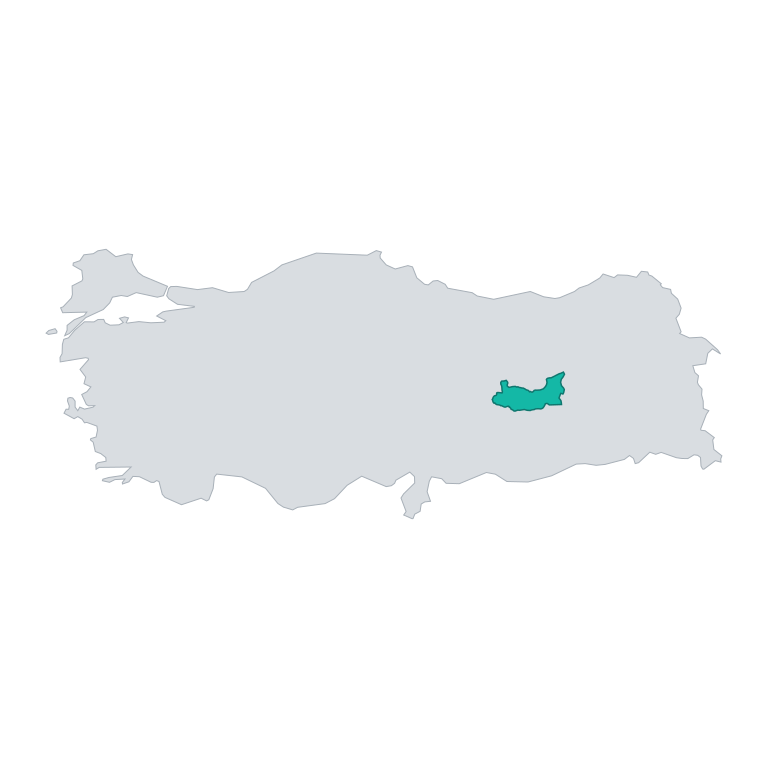 Elazig highlighted on a map of Turkey
{"feature_id": "TUR-2282", "entity_name": "Elazig", "entity_type": "Province", "adm_level": 1, "iso_a3": "TUR", "parent_name": "Turkey", "parent_adm1": "", "projection": "robinson", "projection_center": [39.185, 38.778], "detail": "fine", "context": "in_parent", "style": "filled", "palette": "teal", "viewbox_px": 768, "rotation_deg": 0, "n_neighbors": 0, "source": "natural_earth", "source_scale": "10m", "svg_char_len": 5418}
<svg xmlns="http://www.w3.org/2000/svg" viewBox="0 0 768 768"><path d="M603.1,274.0L614.1,277.6L617.6,274.9L627.6,275.3L636.5,277.3L641.4,271.3L647.7,272.0L648.9,275.0L651.9,276.1L661.3,283.8L660.3,284.8L662.6,287.6L670.6,289.4L671.4,293.3L677.7,299.1L681.1,308.1L679.3,314.3L675.9,318.2L681.1,331.8L679.6,333.5L689.4,337.9L701.6,337.2L705.6,339.1L717.6,349.8L720.6,354.0L712.4,348.9L707.8,353.3L705.7,363.8L692.8,365.7L694.9,372.6L698.5,375.8L697.4,382.3L698.4,384.8L702.0,389.1L701.6,394.9L703.2,401.1L703.3,408.5L708.8,410.7L706.4,414.2L700.6,429.1L701.1,430.3L705.1,430.7L714.3,437.6L712.7,439.9L713.9,449.5L721.9,455.8L720.7,458.9L721.0,462.1L715.3,460.7L703.9,469.2L702.6,469.0L701.0,466.0L700.5,457.5L697.7,455.3L694.0,454.8L687.8,458.6L682.1,458.5L676.4,457.7L661.2,452.4L655.7,454.3L649.8,452.2L638.6,462.7L635.2,463.6L633.5,458.4L629.5,455.5L624.4,459.4L605.1,464.4L596.1,465.3L585.2,463.6L576.2,464.1L551.6,475.8L528.0,482.0L506.9,481.5L495.4,474.2L486.4,472.5L459.3,483.7L446.1,483.3L441.7,478.7L431.6,476.8L429.3,481.2L427.1,491.7L430.5,501.3L424.8,501.9L421.2,504.0L420.1,511.3L414.8,514.1L413.0,518.6L412.1,518.7L403.7,515.0L406.1,511.5L401.0,498.0L403.6,493.9L414.7,483.0L414.5,476.6L409.8,472.1L395.9,480.2L394.6,483.3L391.4,485.7L386.2,486.6L361.7,476.2L347.1,485.3L334.5,498.7L325.1,503.6L297.6,507.3L292.7,509.9L283.4,507.1L277.9,503.5L265.5,488.3L241.9,476.9L216.7,474.1L214.4,477.0L213.1,488.7L208.8,499.8L206.6,500.9L201.1,498.2L181.5,504.7L165.0,497.4L162.3,494.3L159.0,481.5L156.6,480.6L153.9,482.4L151.1,482.3L139.4,476.7L132.9,476.4L128.9,481.8L122.5,484.0L122.3,482.5L125.0,479.0L114.9,479.6L109.5,482.3L102.4,480.7L102.9,479.2L108.8,477.5L122.3,475.5L131.1,467.0L99.2,467.4L96.1,469.3L95.8,464.9L97.7,462.8L106.1,461.2L105.8,457.5L100.8,453.6L95.3,451.5L93.2,442.2L90.4,439.9L90.8,438.6L96.1,437.0L97.5,430.2L96.9,426.1L86.8,422.4L84.5,422.8L82.1,419.2L77.8,416.6L74.1,418.7L64.0,413.2L66.1,409.2L68.7,409.3L69.3,406.1L67.5,400.9L67.9,398.2L70.1,397.5L72.7,398.0L75.1,401.1L75.1,407.1L77.8,410.7L79.8,407.1L84.5,409.1L93.0,407.2L94.7,405.6L88.5,405.8L86.3,404.4L81.7,394.5L87.0,391.7L90.9,386.9L84.0,383.7L85.7,377.0L80.0,369.4L88.5,359.7L88.2,358.3L85.6,357.7L60.2,361.9L60.0,357.5L62.1,353.7L62.4,344.4L63.8,339.3L68.5,337.8L74.6,330.4L84.4,321.8L94.0,321.9L98.0,319.5L103.7,319.4L105.2,322.8L110.1,325.2L119.0,324.8L123.3,322.5L119.5,318.3L124.6,316.9L128.5,317.9L126.2,322.6L127.3,323.1L138.9,321.6L150.8,322.8L164.1,322.2L165.8,320.7L156.7,316.0L162.8,311.9L166.3,311.1L194.2,307.3L194.4,306.4L177.5,304.3L168.9,298.8L166.7,295.8L168.7,288.5L170.7,286.6L176.8,286.4L197.5,289.6L212.5,287.7L228.6,292.5L244.2,291.5L247.5,289.3L251.6,282.4L274.0,270.9L281.9,264.9L316.3,253.1L367.3,255.2L376.3,250.6L381.5,252.1L380.0,255.2L380.2,258.0L386.2,264.9L395.2,269.0L407.9,265.6L412.5,266.9L416.8,277.8L424.6,284.3L428.3,284.9L433.1,281.0L437.7,280.5L445.2,284.3L447.7,288.2L472.2,292.7L477.2,296.0L493.7,299.3L530.3,291.5L543.7,296.8L554.9,298.5L559.7,297.7L574.5,291.5L579.1,288.0L588.3,284.9L599.8,278.0L603.1,274.0ZM132.6,254.6L131.4,259.5L133.4,264.9L138.1,272.4L143.1,276.1L167.5,286.3L163.5,295.7L157.3,297.2L136.2,292.6L127.4,296.5L121.2,295.5L112.4,297.2L109.7,302.9L103.3,309.5L85.8,317.6L69.3,333.6L64.7,335.7L67.1,330.2L67.1,325.4L74.2,319.8L84.1,315.6L86.8,312.1L62.7,312.7L60.6,307.8L63.1,306.8L71.4,298.0L72.4,294.5L72.1,285.9L81.9,280.9L82.8,278.9L81.8,270.4L73.0,265.4L73.3,263.0L79.9,260.7L83.9,254.8L93.3,253.7L97.9,250.8L106.1,249.3L115.8,256.7L127.9,253.9L132.6,254.6ZM56.7,333.0L48.5,334.4L46.1,333.1L48.8,330.5L55.1,328.7L57.0,331.3L56.7,333.0Z" fill="#d9dde1" stroke="#a8b0b8" stroke-width="1"/><path d="M536.7,390.2L540.1,390.0L543.4,388.8L545.5,386.5L546.5,384.7L547.0,382.6L546.8,381.1L546.4,379.5L546.9,378.8L547.6,378.3L549.3,377.9L551.2,377.8L559.3,373.7L560.6,373.4L563.4,372.1L564.5,374.2L563.1,376.9L561.3,379.3L560.6,382.3L561.5,385.7L563.6,388.1L564.3,389.6L564.0,391.1L563.6,392.8L562.9,394.0L561.8,393.6L560.7,393.4L559.0,398.0L560.9,400.6L561.3,402.5L561.5,404.5L549.6,404.9L549.0,404.7L547.8,403.8L547.0,403.4L545.4,403.7L544.8,405.1L544.0,406.5L543.1,407.8L542.1,408.5L540.9,408.9L538.1,408.7L535.4,408.9L534.4,409.5L531.7,409.9L530.2,410.5L527.2,410.3L524.3,409.5L519.4,410.3L517.9,410.1L515.0,411.1L513.8,410.9L512.7,409.9L512.1,409.6L511.2,409.4L511.2,409.2L510.4,407.9L510.1,407.7L509.2,407.1L509.4,406.8L508.6,406.2L507.5,406.3L505.3,407.1L504.3,407.0L501.4,405.6L501.1,405.6L500.9,405.7L500.7,405.7L500.1,405.2L499.9,405.1L499.0,404.9L496.9,404.6L496.5,404.5L496.0,404.2L495.6,403.8L494.9,403.0L494.5,402.9L494.1,403.2L493.6,402.8L493.1,402.0L492.8,401.1L492.7,400.4L492.5,400.0L492.3,399.8L492.2,399.5L492.8,398.6L493.0,397.8L493.2,397.3L493.6,396.7L494.1,396.1L494.8,395.7L495.7,395.5L496.2,395.3L496.6,394.6L496.8,393.9L496.6,393.2L497.0,392.7L497.9,392.5L501.8,392.9L502.3,392.7L502.3,392.3L502.3,391.7L502.4,391.4L502.0,390.1L502.0,389.2L501.8,386.5L501.4,385.3L500.8,384.1L500.8,382.3L501.8,381.1L504.3,381.0L505.2,380.6L506.3,380.4L507.7,382.3L507.7,383.6L507.2,384.7L507.2,385.9L508.7,387.3L509.7,387.3L512.5,386.6L515.3,386.4L516.8,387.1L517.1,387.0L517.8,386.8L518.2,386.9L519.3,387.5L520.4,387.6L521.8,388.0L523.3,388.1L524.9,388.9L526.4,389.9L528.0,390.3L528.7,390.8L529.5,391.8L529.8,391.7L530.4,391.5L531.3,392.0L532.2,392.2L533.3,391.5L534.2,390.4L535.4,390.1L536.7,390.2Z" fill="#14b8a6" stroke="#0f766e" stroke-width="1.5"/></svg>